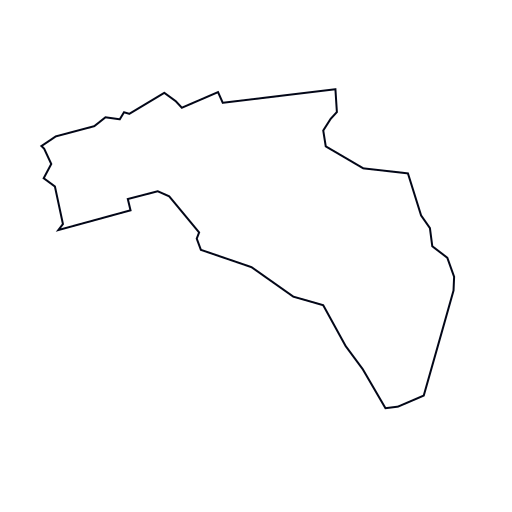 St. John the Baptist, Louisiana, United States of America (Equal Earth projection), rotated 76°
{"feature_id": "52423323B25245708603821", "entity_name": "St. John the Baptist", "entity_type": "district", "adm_level": 2, "iso_a3": "USA", "parent_name": "United States of America", "parent_adm1": "Louisiana", "projection": "equal_earth", "projection_center": [-90.507, 30.091], "detail": "fine", "context": "isolated", "style": "outline", "palette": "ink", "viewbox_px": 512, "rotation_deg": 76, "n_neighbors": 0, "source": "geoboundaries", "source_scale": "gbopen_adm2", "svg_char_len": 732}
<svg xmlns="http://www.w3.org/2000/svg" viewBox="0 0 512 512"><g transform="rotate(76 256 256)"><path d="M97.4,437.6L100.6,435.6L117.2,432.4L129.2,443.2L139.9,434.3L178.3,435.6L183.0,441.5L181.3,366.7L169.7,366.6L169.4,335.7L177.1,325.8L219.4,305.5L224.8,309.3L236.7,308.0L265.8,263.0L304.5,229.6L320.0,202.7L365.1,190.8L391.7,179.8L435.0,167.2L436.5,154.7L432.0,127.0L376.1,94.9L337.3,72.7L324.1,68.8L304.0,70.8L289.2,82.6L271.0,80.5L256.6,86.0L212.6,88.6L196.9,130.7L166.5,161.8L150.5,160.4L141.0,150.4L135.9,142.7L113.4,138.6L107.2,188.0L99.3,251.2L87.8,253.2L94.2,292.1L86.4,296.4L75.5,305.5L87.4,344.5L84.6,349.3L90.4,355.1L85.0,368.5L90.9,381.5L91.5,421.3L97.4,437.6Z" fill="none" stroke="#020617" stroke-width="2"/></g></svg>